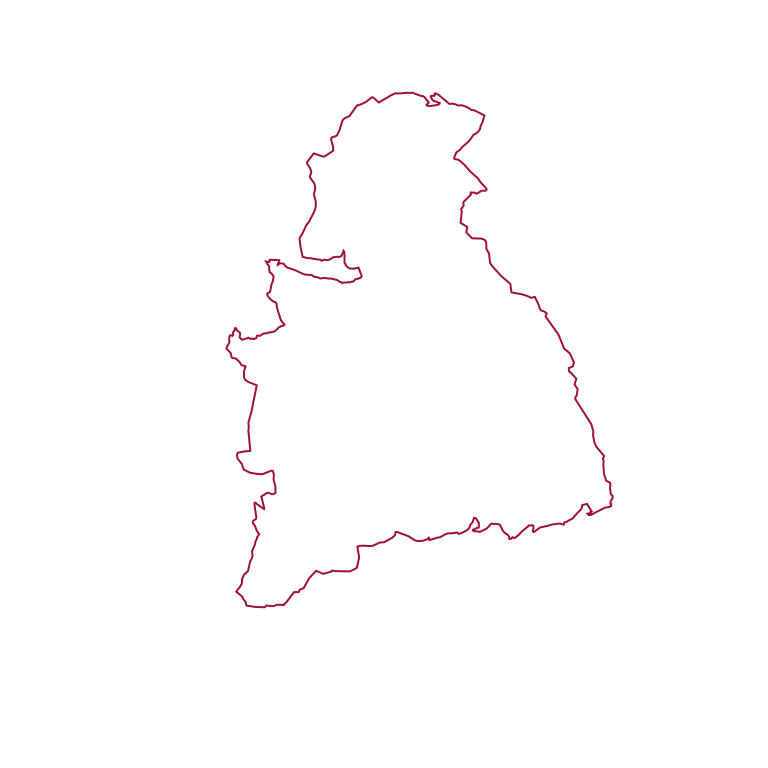 outline of Hartiesti, Arges, Romania, rotated 232°
{"feature_id": "2599482B18059402589847", "entity_name": "Hartiesti", "entity_type": "district", "adm_level": 2, "iso_a3": "ROU", "parent_name": "Romania", "parent_adm1": "Arges", "projection": "albers", "projection_center": [25.135, 45.121], "detail": "fine", "context": "isolated", "style": "outline", "palette": "rose", "viewbox_px": 768, "rotation_deg": 232, "n_neighbors": 0, "source": "geoboundaries", "source_scale": "gbopen_adm2", "svg_char_len": 6166}
<svg xmlns="http://www.w3.org/2000/svg" viewBox="0 0 768 768"><g transform="rotate(232 384 384)"><path d="M617.4,551.1L617.4,543.3L618.6,537.9L619.9,534.6L619.6,532.5L616.4,521.7L617.4,517.7L617.6,514.7L616.5,512.4L611.4,505.2L608.9,500.2L609.0,498.3L610.5,494.8L609.6,493.0L602.6,490.1L599.7,488.2L599.1,487.3L599.7,478.7L600.4,476.3L608.9,470.6L606.2,460.0L604.8,459.0L600.8,458.9L596.4,457.6L595.5,456.9L593.3,453.6L591.8,452.7L585.4,452.6L582.2,451.5L579.9,449.7L576.9,445.7L570.3,442.8L566.1,439.8L563.9,436.9L562.3,434.1L558.2,425.2L556.7,420.0L552.9,412.6L551.1,407.8L550.1,406.6L542.0,401.9L534.2,398.2L530.5,401.1L527.8,404.1L525.2,406.2L524.5,407.2L523.2,408.0L521.4,410.3L519.7,410.6L518.5,413.7L516.0,416.1L515.5,418.4L515.2,422.0L513.2,425.3L511.5,427.3L511.1,429.5L513.9,434.2L512.9,434.1L509.9,432.3L503.8,427.5L502.1,427.5L501.2,426.9L498.0,427.4L496.2,428.1L493.4,431.3L491.4,435.5L483.2,433.1L482.3,432.3L482.3,430.8L483.0,428.3L484.2,425.6L483.6,422.9L484.6,421.4L485.3,419.3L486.0,418.9L487.3,416.5L488.9,414.6L489.2,413.1L490.3,413.1L491.8,412.0L494.7,411.1L499.2,407.7L501.8,404.6L504.1,402.7L506.3,398.8L508.9,397.4L511.0,395.4L512.7,394.5L514.6,394.1L516.9,391.2L519.7,388.4L527.4,384.6L532.7,381.3L534.9,379.6L537.6,378.8L540.4,379.0L542.4,377.3L543.3,375.6L543.2,373.5L543.6,373.7L545.3,377.0L546.1,377.7L551.5,371.4L552.2,370.2L550.9,369.1L550.8,368.4L553.2,366.5L551.1,366.0L547.0,365.9L545.7,364.4L544.2,363.9L542.7,362.7L540.5,363.4L537.0,363.4L533.7,360.1L531.5,356.3L528.0,352.5L526.7,350.3L527.2,347.9L526.6,347.1L524.0,346.5L520.3,346.8L517.2,347.5L515.5,348.8L514.2,348.9L513.1,348.6L510.9,347.1L506.4,345.2L497.6,342.0L495.3,341.9L492.4,342.4L491.9,341.8L492.0,340.6L492.7,339.3L493.4,336.0L493.0,333.9L492.8,329.8L494.1,327.7L494.6,326.1L495.7,324.9L496.1,322.7L497.8,320.5L498.3,318.4L498.2,316.1L500.0,314.2L500.2,313.5L498.8,311.6L499.5,309.0L500.7,308.5L501.7,306.5L503.7,305.9L505.9,300.2L506.9,299.1L509.4,299.0L510.3,299.5L512.0,301.5L513.0,302.0L517.5,301.1L518.7,301.8L519.6,301.4L519.7,300.9L518.1,298.8L517.7,297.0L515.3,295.0L515.3,294.2L516.4,293.6L517.1,292.5L516.6,291.7L514.7,289.4L512.5,288.4L510.9,285.6L510.5,283.9L508.9,281.7L502.4,282.2L499.1,280.4L497.8,280.6L495.2,283.0L490.1,283.7L486.8,283.3L483.2,285.8L480.1,281.4L475.3,277.7L473.0,277.2L469.6,278.1L461.3,282.9L443.8,262.5L437.2,253.6L432.9,250.6L430.6,248.3L413.6,237.5L416.9,232.3L419.9,226.4L418.8,224.6L415.6,222.7L408.6,222.7L403.0,220.8L396.6,223.8L391.8,228.1L387.8,232.6L385.2,241.5L384.0,242.9L380.5,241.5L376.5,238.0L370.4,235.5L364.9,231.4L365.4,228.9L366.3,227.7L368.9,226.4L370.1,225.2L370.9,218.1L359.5,213.0L359.3,212.4L367.7,209.9L369.6,209.7L370.0,209.2L369.7,208.5L368.1,207.3L357.5,201.3L356.5,200.0L356.7,196.6L355.3,195.1L351.7,195.0L346.7,193.4L342.4,193.1L341.4,189.7L339.9,187.9L339.2,186.0L337.3,183.9L333.4,177.0L329.4,174.6L327.6,171.8L326.7,169.4L320.4,161.7L319.9,156.2L317.3,151.5L315.3,150.2L313.9,148.4L312.6,144.8L312.1,141.9L311.2,139.7L304.0,141.3L301.1,140.8L297.5,140.7L295.2,139.6L293.7,139.5L287.2,145.7L281.5,152.6L281.9,154.9L277.4,159.5L276.5,161.4L276.2,163.3L271.6,169.1L272.0,169.2L272.1,172.7L275.4,184.9L272.5,188.7L273.8,190.9L272.6,195.0L277.1,205.7L278.6,215.5L271.7,219.3L268.7,226.8L269.0,228.2L266.8,230.1L257.2,241.9L255.8,249.4L262.7,257.7L272.3,262.9L270.9,266.0L269.1,268.5L265.3,272.7L263.6,275.2L261.5,283.4L259.2,286.7L257.8,295.7L258.1,299.5L260.2,302.0L259.3,303.2L249.3,309.4L242.1,312.0L240.4,313.1L239.0,314.3L236.4,318.5L234.9,322.7L235.3,324.7L234.2,324.7L232.9,323.8L230.1,331.5L228.8,333.5L227.8,339.9L226.9,342.6L225.1,344.7L221.8,350.3L219.7,350.7L218.3,355.8L217.6,360.3L218.2,363.0L219.7,364.9L220.7,369.0L223.1,372.5L221.9,373.7L216.3,373.3L212.9,370.7L212.6,369.9L213.5,368.6L213.5,367.0L214.4,364.5L213.9,363.9L212.0,364.8L211.3,366.0L210.1,366.8L209.6,367.7L208.5,368.5L206.9,375.6L207.3,379.3L207.8,381.1L207.6,382.9L202.4,388.6L199.2,388.3L195.7,387.3L192.5,387.5L188.7,388.7L186.5,388.5L184.7,387.4L183.9,388.6L184.2,390.9L182.8,391.4L182.1,392.8L182.2,397.5L183.0,402.5L183.0,409.7L183.6,410.9L181.8,412.9L181.4,414.1L180.1,414.4L177.8,412.4L176.7,410.7L175.6,410.5L175.1,410.8L174.8,418.7L171.3,426.1L169.3,431.1L168.0,432.8L165.9,436.5L162.5,439.1L163.9,440.9L162.8,443.8L162.8,445.3L162.0,448.6L161.9,450.5L162.6,452.6L164.1,462.7L166.5,465.7L164.6,470.1L155.7,469.2L156.1,468.0L155.0,467.5L156.5,464.5L154.6,464.7L153.2,467.0L152.9,469.8L150.5,481.8L148.3,486.2L148.1,487.9L148.8,487.9L149.4,489.1L150.4,488.8L150.9,489.7L152.2,490.4L153.1,493.7L154.9,495.1L157.6,495.0L162.9,498.0L164.8,500.0L166.9,501.4L170.9,499.5L177.9,502.1L185.1,507.0L188.6,510.0L190.5,510.5L191.6,513.1L204.5,512.7L208.5,513.9L214.3,516.8L218.0,519.9L224.7,522.6L254.6,525.5L255.8,526.8L256.3,528.7L260.8,533.5L266.2,533.8L269.8,538.8L278.0,538.2L280.0,537.6L282.8,539.4L281.6,543.6L284.2,547.2L285.2,547.2L293.5,549.3L301.1,547.8L315.4,551.9L337.7,552.9L339.5,555.7L342.8,554.8L345.1,553.1L347.2,553.1L351.2,554.6L359.7,556.5L361.5,552.8L365.2,551.1L369.9,547.8L377.7,540.8L385.1,545.2L396.6,542.9L410.5,541.8L414.4,542.2L421.9,547.0L427.4,547.9L432.8,551.8L435.8,552.1L438.7,550.2L444.6,543.1L452.7,542.1L456.5,546.3L463.8,543.6L472.0,551.4L474.4,552.4L475.5,556.5L478.4,558.4L479.8,569.2L480.8,569.5L481.5,570.3L478.7,573.5L477.2,573.9L476.6,575.3L476.3,579.9L474.4,582.1L473.8,583.3L474.1,584.6L475.0,585.0L483.4,584.3L488.3,584.6L498.2,582.8L507.3,582.3L513.9,581.1L515.4,580.3L517.8,578.1L518.6,578.2L519.2,578.8L522.0,583.6L521.8,588.2L522.6,591.3L522.9,598.9L523.4,601.9L525.3,607.8L524.8,609.6L524.9,613.7L525.5,616.2L527.9,619.1L529.6,622.7L533.8,628.5L544.3,623.5L545.9,621.8L550.9,620.0L555.4,617.2L558.2,613.6L560.9,612.3L561.6,611.3L563.0,610.5L563.8,608.6L564.8,607.9L578.3,605.0L581.3,603.6L581.7,602.7L580.0,601.5L580.1,600.9L581.7,599.2L581.9,598.0L581.1,597.4L577.1,597.2L571.1,600.9L570.6,600.4L570.7,598.8L571.4,597.2L575.0,590.9L577.1,589.1L578.0,589.6L577.9,592.0L578.6,592.6L585.2,592.5L586.5,592.2L588.1,590.6L595.7,585.9L600.2,580.2L603.2,575.3L606.2,571.7L607.1,567.5L609.0,553.2L616.1,552.0L617.4,551.1Z" fill="none" stroke="#9f1239" stroke-width="2"/></g></svg>